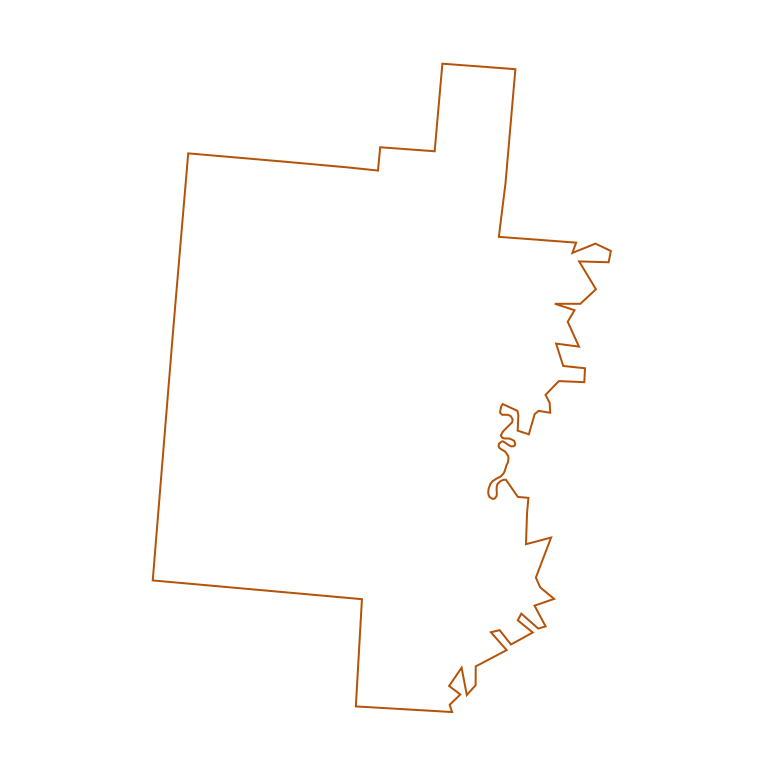 outline of Woodruff, Arkansas, United States of America, rotated 184°
{"feature_id": "52423323B87929534363237", "entity_name": "Woodruff", "entity_type": "district", "adm_level": 2, "iso_a3": "USA", "parent_name": "United States of America", "parent_adm1": "Arkansas", "projection": "mercator", "projection_center": [-91.376, 35.179], "detail": "fine", "context": "isolated", "style": "outline", "palette": "amber", "viewbox_px": 768, "rotation_deg": 184, "n_neighbors": 0, "source": "geoboundaries", "source_scale": "gbopen_adm2", "svg_char_len": 1575}
<svg xmlns="http://www.w3.org/2000/svg" viewBox="0 0 768 768"><g transform="rotate(184 384 384)"><path d="M601.0,171.9L391.0,167.8L389.6,60.4L293.2,61.5L296.1,68.6L286.2,79.6L298.0,87.3L286.8,106.4L279.7,79.5L271.6,89.9L272.8,108.7L243.1,127.1L260.1,143.8L251.5,146.5L239.2,133.0L218.3,146.5L234.1,157.6L231.0,164.5L213.1,150.8L205.9,153.5L218.4,173.4L199.3,181.5L214.0,192.0L219.0,201.5L206.6,242.5L231.2,234.1L232.3,265.1L232.0,280.5L242.6,280.7L255.7,297.0L258.3,296.7L260.8,295.4L263.8,292.2L264.4,289.8L264.3,286.7L263.8,282.4L263.9,280.0L265.7,277.4L267.4,276.9L270.7,278.5L271.9,280.6L272.5,282.8L272.4,286.5L270.9,291.7L269.1,294.4L265.3,297.4L261.1,299.9L258.5,303.1L257.6,305.3L256.0,312.0L254.9,314.3L254.6,318.6L255.2,321.0L258.5,325.1L262.6,327.1L264.5,328.4L265.4,330.3L265.2,332.3L262.5,334.9L261.0,335.0L255.3,331.7L252.9,330.6L250.3,331.0L249.1,332.1L249.0,334.0L250.4,336.5L254.6,338.3L260.6,338.1L262.2,338.6L263.9,340.8L261.9,345.1L253.5,354.7L253.2,357.6L255.2,360.7L258.2,361.9L263.9,361.5L266.0,363.2L266.3,364.0L265.6,369.5L264.2,372.3L249.0,366.5L247.8,362.0L247.4,346.8L236.0,343.9L231.6,364.5L227.9,368.0L216.2,366.9L217.4,376.7L222.1,384.4L209.8,399.1L184.3,399.8L184.6,413.7L206.5,414.5L215.1,436.3L192.1,434.9L205.1,458.9L199.1,470.9L219.2,475.9L193.7,477.7L179.2,493.3L197.9,519.9L168.4,521.1L167.0,532.5L182.9,538.8L205.2,527.9L202.2,538.4L279.7,538.8L276.8,592.8L274.9,707.2L348.1,707.6L349.7,619.7L404.3,619.9L404.9,596.5L433.8,597.5L491.8,598.7L595.4,600.4L598.1,422.1L601.0,171.9Z" fill="none" stroke="#b45309" stroke-width="2"/></g></svg>